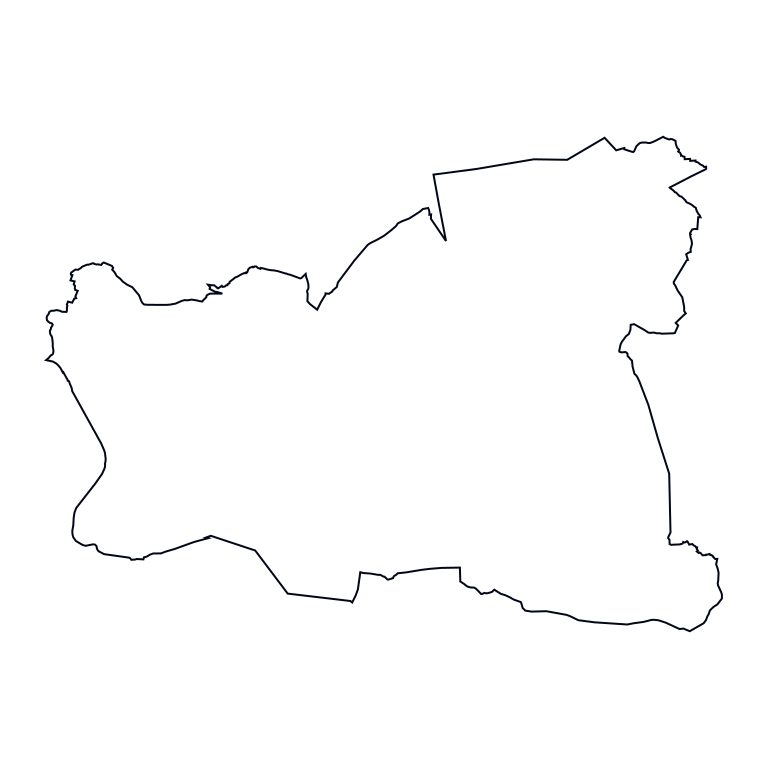 Ecuandureo, Michoacán, Mexico (Albers equal-area conic projection)
{"feature_id": "50627088B9603081712200", "entity_name": "Ecuandureo", "entity_type": "district", "adm_level": 2, "iso_a3": "MEX", "parent_name": "Mexico", "parent_adm1": "Michoacán", "projection": "albers", "projection_center": [-102.25, 20.161], "detail": "fine", "context": "isolated", "style": "outline", "palette": "ink", "viewbox_px": 768, "rotation_deg": 0, "n_neighbors": 0, "source": "geoboundaries", "source_scale": "gbopen_adm2", "svg_char_len": 6032}
<svg xmlns="http://www.w3.org/2000/svg" viewBox="0 0 768 768"><path d="M689.8,631.2L703.7,623.2L706.1,619.9L707.3,616.5L708.7,614.1L709.9,610.4L713.4,607.0L717.5,604.3L721.9,598.5L721.9,594.3L721.0,591.8L718.1,585.5L717.7,583.3L718.2,580.7L718.6,572.8L717.7,568.7L716.1,564.3L717.3,558.9L715.3,559.0L714.3,558.2L713.0,556.3L712.7,556.4L712.6,555.9L711.5,555.1L710.4,555.0L709.5,554.5L709.5,554.0L707.3,554.6L706.0,554.7L705.9,555.1L702.6,555.3L700.6,553.1L699.6,552.5L698.8,553.0L696.8,551.5L697.9,550.6L696.8,549.1L697.1,547.4L696.0,547.4L695.5,546.4L693.4,545.2L692.3,544.0L689.2,544.6L687.7,541.8L687.0,541.2L685.4,542.3L684.4,542.5L683.3,542.0L683.2,542.6L682.4,543.6L679.8,544.4L671.0,544.8L669.6,544.1L669.5,539.9L668.1,537.9L668.4,536.8L670.5,532.5L669.2,473.7L657.8,438.0L648.4,405.0L639.3,381.2L637.1,376.7L636.3,375.6L634.4,373.7L632.6,366.7L632.0,360.6L630.3,359.1L629.2,357.6L627.6,356.1L627.5,353.7L626.4,352.5L625.1,352.0L622.0,352.4L620.7,352.2L619.4,351.7L619.2,350.9L620.6,344.4L621.9,341.8L626.1,336.1L628.9,334.0L630.4,329.8L630.7,324.8L634.2,324.2L644.6,330.1L648.3,332.6L650.6,332.9L651.4,332.7L654.1,332.6L656.5,333.3L659.3,333.2L661.7,333.7L673.4,333.3L674.9,333.0L678.2,325.5L675.7,322.9L684.0,314.9L685.8,313.4L684.2,311.1L684.1,306.7L682.3,297.3L677.7,290.6L675.0,285.1L673.9,283.6L673.7,282.0L686.6,260.5L687.2,260.0L687.9,259.9L686.2,254.3L688.5,252.6L690.7,252.0L690.6,249.1L691.7,245.1L692.0,243.4L691.5,240.3L690.7,237.9L690.1,234.8L690.7,234.3L690.2,233.8L690.0,233.2L692.1,229.5L694.5,229.0L697.3,229.1L698.2,217.2L700.5,217.3L699.5,215.0L698.4,214.0L696.6,210.7L695.8,207.8L694.0,206.7L691.6,204.7L689.9,203.7L687.0,202.5L685.7,201.2L685.5,200.5L681.6,196.7L679.5,196.1L676.1,192.6L674.8,192.1L673.2,190.3L670.1,188.1L669.7,187.5L691.7,176.1L705.8,169.2L706.2,168.5L706.1,167.1L706.1,166.7L704.2,167.0L702.9,165.6L700.5,164.5L698.1,162.5L695.5,161.6L695.5,160.5L690.2,160.9L690.1,158.9L684.7,159.2L684.5,156.7L682.8,156.4L681.6,155.5L681.0,155.7L680.8,154.9L681.0,154.4L680.0,152.7L678.2,151.5L678.8,150.6L679.0,149.8L677.0,147.4L675.8,143.8L675.5,140.8L672.2,139.2L670.8,139.0L669.8,139.4L668.4,139.3L664.9,137.9L663.2,136.8L654.0,141.5L650.1,143.0L648.2,143.0L645.8,142.5L641.3,142.6L639.5,143.3L636.4,146.2L634.2,151.2L633.2,152.0L632.0,151.8L624.3,149.3L624.3,148.0L616.2,150.3L604.6,137.8L567.2,159.8L533.8,159.3L476.9,168.9L433.5,174.6L438.8,203.7L446.0,241.0L430.9,218.8L431.1,214.5L429.4,214.8L429.4,213.8L429.6,213.7L429.1,210.4L428.2,208.0L422.9,209.0L419.8,211.7L409.2,218.5L401.9,221.3L397.8,223.4L396.0,226.1L391.1,230.3L384.3,235.6L377.2,239.7L370.3,243.1L367.7,244.9L354.3,260.6L337.9,282.5L336.8,287.0L332.6,290.5L332.3,291.5L328.8,293.8L325.5,293.4L325.5,294.7L320.9,302.2L317.2,309.7L309.9,304.0L307.4,301.2L307.7,294.1L307.1,291.4L307.1,290.9L308.3,288.7L308.5,287.4L308.3,284.1L307.2,279.8L306.2,277.1L305.7,273.9L301.2,278.2L300.1,278.4L289.8,274.6L288.3,274.4L286.3,273.5L285.5,273.5L277.7,271.1L273.9,270.4L270.9,270.2L267.6,269.6L262.4,268.2L261.9,268.4L260.9,267.9L260.2,268.8L259.0,268.2L258.2,268.2L256.3,266.5L254.6,266.4L253.8,267.1L253.0,267.3L252.7,266.8L250.1,267.6L248.5,268.9L247.2,272.3L246.2,273.2L245.7,273.2L245.6,272.6L242.0,274.0L237.1,276.8L235.4,277.4L229.6,281.9L229.4,283.3L227.6,284.2L227.4,285.2L226.1,285.4L224.6,286.6L222.5,286.9L221.8,285.8L218.1,288.4L217.3,288.1L217.0,287.5L214.0,285.2L212.0,285.3L208.0,284.7L210.1,287.3L209.6,288.9L214.8,291.6L217.5,292.1L222.4,293.6L210.1,293.6L207.2,295.0L206.4,296.1L206.2,297.4L203.4,300.0L202.3,301.5L199.6,301.2L197.4,300.5L191.6,299.6L187.5,300.3L184.7,300.1L181.7,300.9L175.6,303.6L170.2,304.6L166.4,304.9L148.0,304.8L144.1,304.5L142.6,303.2L141.4,301.3L139.0,295.2L132.3,287.2L127.3,284.8L122.8,281.6L120.4,278.9L116.7,276.0L114.6,272.3L112.2,269.6L113.2,268.0L111.9,265.9L103.7,262.5L102.4,263.3L101.3,264.9L97.6,264.3L96.6,264.5L94.6,264.0L93.1,263.2L88.5,264.7L87.0,264.7L82.0,266.8L81.3,267.7L78.0,269.8L75.3,269.6L71.2,272.6L70.8,273.4L70.9,274.7L72.4,275.1L70.5,280.4L74.6,281.4L73.7,284.4L75.0,285.8L74.8,288.2L75.2,289.9L77.7,290.8L75.4,296.4L76.2,298.2L74.3,298.6L72.2,302.7L68.0,301.6L66.8,304.7L67.4,305.7L66.9,307.4L66.9,310.6L66.5,311.9L62.1,311.8L59.7,310.7L56.5,310.1L53.9,310.7L51.2,310.8L49.4,311.9L48.4,314.4L46.9,316.3L46.7,318.3L47.0,320.1L47.8,321.2L48.8,322.0L50.0,322.9L51.7,323.3L52.7,324.5L52.4,325.7L51.1,327.5L50.7,329.6L49.9,330.4L50.0,333.0L50.9,335.4L51.7,336.3L52.2,338.1L52.8,343.7L52.7,346.2L53.4,350.3L53.4,352.0L53.1,353.4L52.5,354.5L50.9,355.3L48.6,358.0L46.1,360.1L53.0,361.6L56.4,363.6L58.1,365.2L60.3,367.8L62.9,372.6L63.3,372.2L67.7,380.1L67.7,380.7L68.9,381.2L69.2,381.6L69.7,383.5L71.6,387.8L72.2,391.1L101.2,443.5L104.1,450.2L105.0,453.1L105.7,459.2L105.4,462.1L104.9,463.9L105.1,464.9L105.0,466.9L104.1,469.5L102.0,474.0L95.4,483.4L76.9,507.1L76.1,508.3L74.5,512.6L73.7,517.7L73.3,525.2L72.3,531.0L72.5,534.3L73.2,537.1L75.9,541.0L82.7,545.0L85.6,545.8L92.7,544.4L94.2,544.4L95.1,544.7L96.5,546.1L97.1,549.1L98.0,550.6L99.1,551.5L104.0,554.1L129.3,557.7L130.3,558.3L131.3,559.8L135.4,559.5L136.7,559.0L143.4,559.4L144.0,557.3L146.8,556.6L149.9,554.7L153.1,553.5L160.9,553.4L166.0,551.5L174.6,549.0L194.0,542.0L208.1,538.2L205.9,537.6L210.8,535.8L255.2,550.5L287.7,593.6L350.4,601.0L352.2,602.5L355.8,595.2L357.9,589.3L360.3,572.2L363.1,573.0L370.8,573.6L377.8,574.8L380.6,574.9L383.2,576.5L384.5,576.7L387.5,579.5L388.7,579.5L393.1,578.1L393.1,577.6L394.1,576.0L395.9,575.0L397.7,573.3L406.0,572.4L421.9,569.8L430.2,568.8L441.6,567.9L459.9,567.6L460.3,581.5L463.6,583.6L466.5,585.9L467.9,586.7L470.3,587.4L474.1,587.6L476.0,588.7L481.2,594.0L482.3,593.9L484.4,592.9L485.9,593.3L487.6,593.2L491.8,592.0L494.3,589.7L500.8,593.8L505.3,595.2L509.6,597.2L513.6,599.5L520.8,602.1L521.8,604.7L522.6,607.9L525.3,610.6L531.6,611.6L546.3,611.2L566.7,614.9L570.1,616.2L578.3,620.2L594.3,622.3L627.3,624.5L633.4,623.3L643.7,621.9L651.5,619.9L654.1,619.8L658.6,620.3L665.6,622.6L679.5,629.0L683.4,628.6L689.8,631.2Z" fill="none" stroke="#020617" stroke-width="2"/></svg>